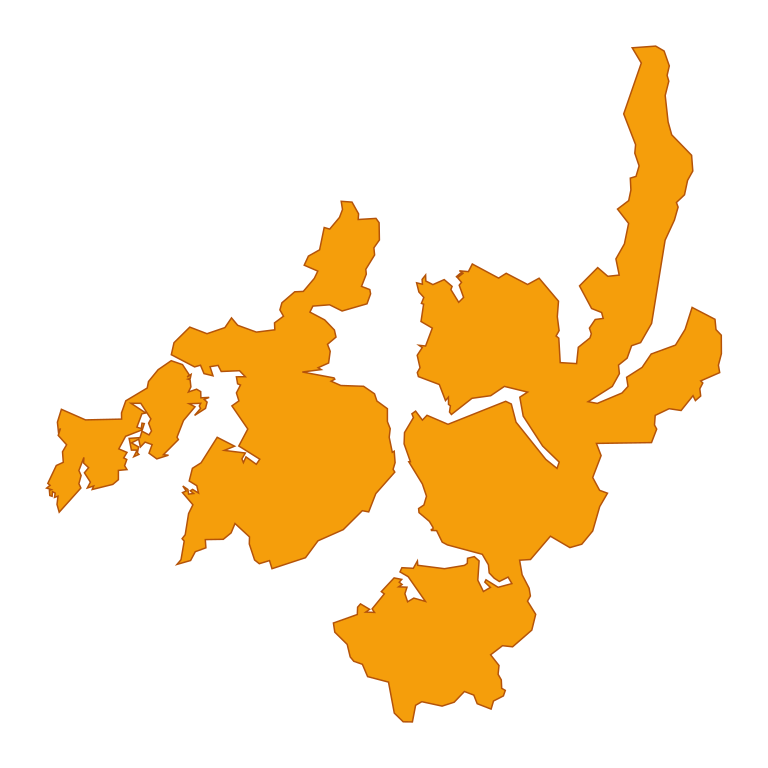 Sortland nor, Nordland, Norway
{"feature_id": "86288312B55921880538341", "entity_name": "Sortland nor", "entity_type": "district", "adm_level": 2, "iso_a3": "NOR", "parent_name": "Norway", "parent_adm1": "Nordland", "projection": "mercator", "projection_center": [15.403, 68.748], "detail": "fine", "context": "isolated", "style": "filled", "palette": "amber", "viewbox_px": 768, "rotation_deg": 0, "n_neighbors": 0, "source": "geoboundaries", "source_scale": "gbopen_adm2", "svg_char_len": 6078}
<svg xmlns="http://www.w3.org/2000/svg" viewBox="0 0 768 768"><path d="M539.1,278.2L527.6,284.5L506.2,273.3L498.6,278.1L472.3,264.0L468.4,271.6L459.3,270.8L462.1,271.8L455.9,277.1L463.6,272.9L457.5,277.6L461.5,282.3L459.2,285.2L463.6,297.4L458.7,302.3L450.9,289.6L452.1,286.4L444.2,279.6L432.9,284.6L425.8,281.0L425.6,275.0L422.1,279.4L422.4,284.2L416.6,282.8L418.9,292.0L423.8,297.4L421.4,303.4L423.6,304.2L421.0,321.5L432.3,328.1L425.6,346.0L419.0,345.3L422.2,347.6L417.2,355.3L420.0,367.7L417.3,372.6L418.4,376.6L439.3,384.5L445.5,400.6L448.4,397.2L448.5,404.4L450.4,405.8L449.5,412.0L451.4,414.5L472.0,398.3L490.7,395.7L504.4,386.4L527.6,392.1L519.8,397.2L523.2,416.1L542.6,446.0L559.2,462.1L557.0,468.4L545.8,459.4L516.0,422.1L511.3,404.0L505.7,401.3L448.0,424.3L427.0,415.3L422.4,420.1L415.6,411.1L411.9,413.8L413.4,417.6L404.5,432.6L404.1,443.9L410.4,461.7L408.8,461.8L422.4,484.0L426.5,496.2L423.9,505.0L418.6,508.5L419.0,512.6L429.4,521.4L433.0,527.4L433.0,529.0L431.3,529.5L431.5,530.5L436.6,530.6L442.2,542.1L447.4,544.9L482.3,554.3L488.4,564.8L489.2,572.9L494.2,578.2L499.3,581.5L508.1,577.1L511.9,583.6L498.1,587.3L486.0,579.8L484.8,582.1L490.4,587.4L483.4,591.5L477.8,580.2L479.1,560.9L474.3,556.6L467.5,558.3L467.3,563.4L464.4,565.4L444.5,568.7L417.8,565.3L417.4,561.0L413.3,568.3L401.9,567.7L400.0,571.9L408.2,576.7L425.4,601.4L413.8,598.1L407.6,601.8L404.9,593.7L407.0,587.2L398.7,586.8L402.1,584.5L399.2,582.2L401.7,579.4L394.1,577.9L381.3,591.6L384.3,593.9L372.1,608.9L374.5,612.4L365.7,612.1L369.6,609.3L360.5,603.9L357.6,607.2L357.3,614.5L333.4,623.0L334.8,632.2L347.2,644.4L350.2,656.9L353.8,661.3L362.4,664.3L367.6,676.6L388.5,682.1L394.3,713.1L403.2,721.8L412.4,721.9L415.6,705.3L421.8,701.7L442.1,706.1L454.2,702.2L464.4,691.5L473.8,695.1L477.2,703.7L491.1,709.1L493.5,701.0L503.4,695.9L505.3,690.4L501.7,688.3L501.3,679.9L498.1,674.3L499.0,665.5L490.6,654.8L502.5,645.7L512.6,646.8L531.8,630.1L535.7,614.3L527.5,601.1L530.4,596.0L529.1,588.2L522.1,574.7L519.6,560.2L530.5,559.5L550.4,536.2L569.9,547.6L581.8,544.2L592.7,531.0L599.7,506.6L607.5,493.2L599.6,490.3L592.7,477.5L601.1,455.6L596.4,443.4L651.5,442.6L656.7,429.1L654.5,425.0L655.2,415.4L669.1,408.7L681.1,410.5L693.0,395.7L695.4,400.6L700.7,396.0L699.8,388.8L702.8,383.0L700.7,380.9L719.7,372.6L718.4,365.2L721.4,353.7L721.3,335.2L716.0,329.6L715.0,319.3L692.1,307.4L685.1,329.4L675.5,345.1L651.2,354.0L642.1,367.4L626.6,377.3L628.0,386.4L622.0,393.0L597.3,403.4L588.1,401.7L612.3,386.4L619.4,373.6L618.5,365.1L627.1,358.2L631.6,345.7L640.6,342.6L651.6,323.4L665.1,240.2L674.4,220.1L678.1,207.1L676.4,202.5L684.5,194.8L687.6,180.3L692.8,171.0L691.6,155.3L671.7,134.8L668.1,121.9L665.2,95.5L668.8,81.2L667.1,75.4L669.3,65.9L664.1,51.0L655.7,46.1L632.2,47.8L641.3,63.0L623.7,113.9L635.6,144.7L634.8,153.2L639.1,165.9L636.0,176.4L630.3,178.1L630.9,190.0L628.7,200.6L617.5,209.1L628.6,223.4L624.4,243.9L615.9,258.9L619.2,275.1L607.8,276.3L597.7,267.6L579.5,285.9L591.6,308.5L601.6,312.5L603.2,318.4L595.2,319.5L589.4,328.1L591.3,333.8L590.0,337.9L578.3,347.3L576.6,363.6L560.2,362.6L558.8,338.2L556.1,336.0L559.1,330.6L557.3,316.7L558.5,301.2L539.1,278.2ZM272.0,568.7L305.5,557.7L318.0,540.8L343.3,529.6L362.3,510.7L368.7,511.9L375.8,493.6L394.8,472.1L393.1,469.3L395.1,462.6L394.2,451.2L392.3,452.3L389.2,437.3L390.2,428.7L387.4,421.6L387.4,408.7L376.9,401.0L374.5,393.8L363.6,386.3L340.8,385.5L331.1,381.2L334.8,379.2L334.0,377.9L302.3,372.0L321.2,369.6L318.1,367.7L328.6,363.0L330.2,351.3L327.5,344.3L336.0,337.1L334.4,330.0L324.7,319.9L309.9,312.1L312.9,306.1L329.6,304.8L342.1,311.0L367.0,303.8L370.6,293.8L369.8,289.6L361.5,286.4L366.3,274.1L365.8,269.3L374.6,255.0L373.9,247.8L379.4,240.0L379.1,222.7L376.0,218.4L358.2,219.5L358.6,213.9L352.0,202.1L341.2,201.3L342.5,209.5L339.5,217.4L329.7,229.1L324.2,227.5L319.6,249.8L308.4,256.1L304.2,265.2L317.8,271.1L314.3,278.4L303.3,291.4L294.7,291.8L281.9,302.8L279.9,309.9L283.5,316.2L274.5,322.9L274.8,329.8L256.4,332.1L237.7,325.3L231.5,317.9L224.9,327.6L207.0,333.7L189.8,327.1L174.0,342.7L171.3,354.7L194.6,366.9L200.5,365.2L204.0,373.6L213.0,375.8L210.0,366.7L218.1,365.4L221.2,371.5L239.5,370.7L245.3,376.7L236.4,376.8L237.6,383.8L240.5,385.0L236.4,392.9L238.9,400.9L231.9,405.9L247.8,429.0L238.8,446.0L259.8,459.2L256.3,464.3L246.0,456.9L243.4,462.6L241.9,458.9L245.3,453.0L224.3,450.4L234.6,446.2L217.2,437.3L201.1,462.8L192.4,468.3L189.2,481.0L196.8,485.7L198.5,493.0L192.6,489.4L190.3,490.8L193.6,493.5L188.6,494.1L187.9,489.5L182.8,486.0L186.2,491.0L182.5,492.6L192.9,504.8L188.6,513.5L185.2,534.7L182.1,538.7L184.2,541.1L181.0,559.7L177.0,564.4L190.6,560.5L195.3,551.7L205.9,547.8L205.3,539.6L223.3,539.3L231.1,532.9L235.0,523.5L249.5,536.9L249.3,544.0L254.6,560.0L259.3,563.7L269.5,560.6L272.0,568.7ZM58.4,431.5L60.5,428.4L58.2,435.4L66.6,444.8L62.5,451.8L63.3,462.3L56.3,465.5L47.8,483.4L50.1,485.3L46.6,488.1L51.3,489.6L49.4,490.4L49.8,495.5L52.1,496.3L52.5,491.6L55.2,493.1L54.5,497.4L58.0,496.2L57.0,504.4L59.2,512.2L80.9,488.0L78.9,483.7L81.1,475.5L78.9,470.5L83.9,457.4L83.6,463.0L88.6,467.7L84.4,472.8L90.4,482.1L87.3,488.0L93.7,486.0L92.2,489.5L112.8,484.4L118.4,479.7L118.4,470.4L127.0,469.6L124.6,465.7L126.8,459.5L123.7,457.9L127.0,452.4L118.8,448.9L125.6,436.3L142.3,429.8L144.3,423.6L142.0,423.2L141.2,428.6L136.9,427.1L141.9,413.8L145.8,413.0L131.0,403.3L140.8,403.3L150.9,418.9L148.6,423.2L151.5,431.0L149.0,434.9L142.0,431.2L140.0,437.6L129.1,438.4L131.4,450.1L137.1,450.1L133.8,456.7L138.9,454.4L137.4,452.7L138.6,447.0L131.5,442.9L138.7,439.2L140.4,447.0L145.1,442.1L152.1,444.6L149.0,453.2L156.8,458.9L168.5,455.2L163.4,454.7L178.4,439.6L177.0,437.2L183.5,420.5L195.0,406.8L189.1,403.7L200.7,403.3L199.3,406.0L200.6,408.4L194.6,415.4L205.5,408.4L207.1,402.1L204.2,399.4L209.2,397.4L200.9,397.8L200.7,391.6L196.6,389.2L188.4,392.0L190.9,386.9L190.1,379.8L188.0,379.1L190.3,378.3L191.1,374.4L187.2,377.1L189.2,374.8L182.5,364.6L171.2,360.7L158.1,369.7L148.5,381.5L147.2,388.0L125.8,400.8L121.5,412.9L121.6,419.1L85.5,419.9L61.4,409.3L57.4,422.2L58.4,431.5Z" fill="#f59e0b" stroke="#b45309" stroke-width="1.5"/></svg>